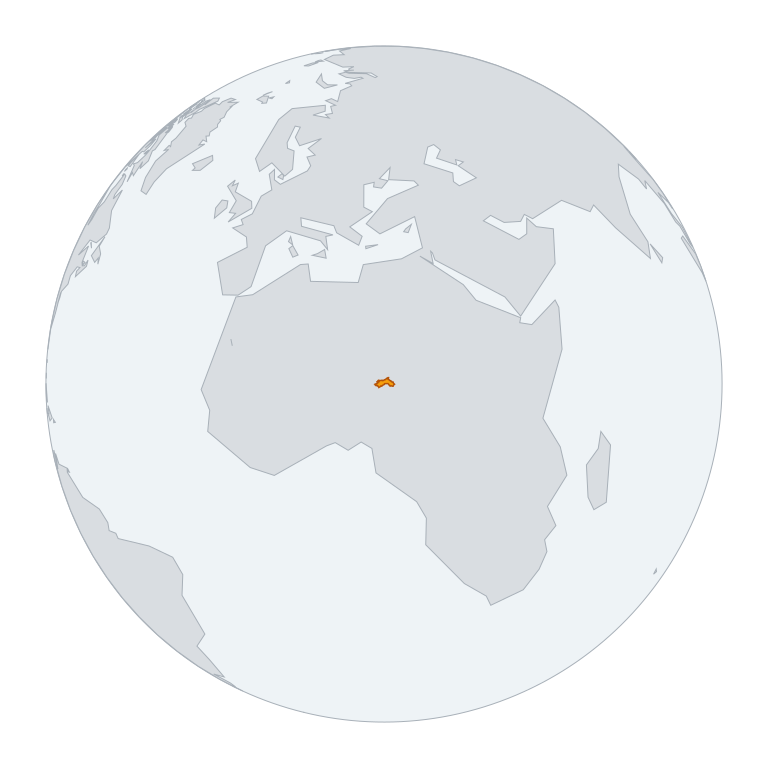 Hadjer-Lamis on an orthographic globe, rotated 337°
{"feature_id": "TCD-1464", "entity_name": "Hadjer-Lamis", "entity_type": "Prefecture", "adm_level": 1, "iso_a3": "TCD", "parent_name": "Chad", "parent_adm1": "", "projection": "orthographic", "projection_center": [15.964, 12.449], "detail": "fine", "context": "on_globe", "style": "filled", "palette": "amber", "viewbox_px": 768, "rotation_deg": 337, "n_neighbors": 0, "source": "natural_earth", "source_scale": "10m", "svg_char_len": 10380}
<svg xmlns="http://www.w3.org/2000/svg" viewBox="0 0 768 768"><g transform="rotate(337 384 384)"><circle cx="384" cy="384" r="338" fill="#eef3f6" stroke="#a8b0b8"/><path d="M281.8,61.9L282.2,61.8L269.9,66.1L270.9,66.2L263.1,69.0L270.7,66.8L277.6,64.3L283.3,62.7L284.5,62.9L274.8,66.1L272.7,66.6L270.5,67.7L265.1,69.4L268.5,68.7L256.6,73.3L270.1,69.2L262.0,73.3L253.6,76.4L252.4,75.4L229.8,83.4L220.9,88.1L209.6,94.6L192.9,107.2L184.0,113.4L173.4,122.1L179.2,118.5L189.6,110.5L197.8,107.0L209.5,98.8L214.6,96.6L227.4,89.4L227.7,91.6L221.0,98.0L210.3,104.4L207.1,107.8L219.0,103.2L201.0,117.9L192.1,133.2L187.2,137.5L174.3,141.6L169.7,136.6L153.1,145.9L166.0,141.5L153.5,154.1L152.4,157.3L154.4,158.1L160.0,154.3L156.1,159.4L141.9,164.6L145.1,160.0L149.6,158.0L147.4,156.3L137.7,161.7L132.1,168.6L123.3,172.7L119.2,178.0L115.0,182.5L122.2,173.4L109.2,190.4L98.0,204.0L88.1,220.8L101.3,198.8L116.2,177.9L132.6,158.2L150.5,139.8L169.7,122.7L190.1,107.2L211.7,93.3L234.2,81.1L257.7,70.6L281.8,61.9ZM51.0,326.8L52.4,319.5L54.3,315.8L50.6,334.9L54.5,319.6L53.5,330.8L59.4,337.7L58.0,341.5L62.4,370.7L73.1,387.9L75.6,403.7L73.7,411.6L78.8,416.6L78.9,422.4L104.4,441.3L121.8,460.9L124.3,480.8L115.5,499.6L121.4,544.2L109.4,552.2L115.6,569.5L122.4,591.2L113.9,584.4L125.9,599.4L129.1,604.9L126.2,602.4L134.0,611.4L133.8,611.2L117.4,591.6L102.5,570.9L89.2,549.1L77.5,526.4L67.7,502.8L59.6,478.6L53.4,453.8L49.0,428.6L46.6,403.2L46.1,377.7L47.6,352.2L51.0,326.8ZM73.2,251.3L67.0,269.4L66.8,267.5L67.7,265.3L70.9,257.0L71.3,255.9L73.2,251.3ZM82.5,232.1L83.5,229.7L83.2,230.7L82.5,232.1ZM226.4,88.8L226.8,89.1L224.2,90.3L226.4,88.8ZM231.5,85.7L228.1,86.9L230.1,85.6L232.1,84.9L231.5,85.7ZM235.3,84.7L233.9,83.3L237.4,81.2L248.1,77.0L235.3,84.7ZM279.3,63.5L272.0,66.2L276.9,64.0L279.3,63.5ZM309.7,54.3L310.9,54.2L303.8,56.0L296.0,57.9L302.7,56.5L281.1,62.6L285.8,60.7L309.7,54.3ZM285.9,61.9L286.3,61.4L296.3,58.5L297.2,59.1L293.7,59.8L285.9,61.9ZM324.7,51.3L326.3,51.0L312.0,53.9L311.8,53.9L324.7,51.3ZM292.1,60.5L297.5,59.6L293.9,61.3L286.2,62.4L292.1,60.5ZM298.5,57.6L303.2,56.4L300.9,57.2L298.5,57.6ZM284.3,67.9L284.6,66.6L289.8,64.9L284.3,67.9ZM299.7,59.2L300.9,58.7L303.0,58.0L305.7,57.9L299.7,59.2ZM315.6,53.4L315.6,53.6L321.7,52.1L324.7,51.9L314.6,54.1L320.2,53.1L321.2,53.1L311.9,55.0L315.6,53.4ZM314.7,56.0L302.9,59.6L301.3,62.0L296.6,63.5L300.1,59.5L314.7,56.0ZM313.9,55.1L313.3,55.9L307.8,57.0L304.7,57.2L313.9,55.1ZM330.4,51.2L328.3,50.9L330.6,50.5L330.4,51.2ZM315.3,56.4L318.2,55.6L315.9,56.4L315.3,56.4ZM327.0,52.4L326.0,52.2L328.6,51.7L327.0,52.4ZM324.7,54.4L320.9,55.4L318.7,55.4L324.7,54.4ZM326.6,53.3L330.5,52.7L320.2,54.7L325.7,53.2L326.6,53.3ZM329.7,52.0L330.9,51.6L329.7,52.1L329.7,52.0ZM335.3,54.4L322.8,57.0L317.9,56.7L330.7,54.1L335.3,54.4ZM181.6,654.6L182.3,655.1L181.6,654.6ZM697.3,257.5L697.5,257.9L699.9,264.0L697.6,258.9L702.0,272.6L711.6,301.0L715.3,317.4L718.1,335.7L716.8,328.3L711.0,314.7L715.2,339.5L719.9,356.0L721.7,378.8L720.5,373.9L718.0,354.3L715.8,348.8L712.6,327.5L703.5,298.6L701.9,307.1L698.4,294.8L685.6,273.2L681.3,285.1L677.0,323.9L682.5,356.2L678.3,372.6L658.2,330.7L646.9,301.1L641.1,305.9L619.2,284.3L585.4,289.9L579.4,282.7L573.3,287.7L557.7,282.2L548.0,270.4L539.2,272.6L564.7,303.6L574.1,301.5L580.2,287.0L585.7,298.7L600.5,307.3L588.5,340.1L536.3,374.9L529.3,351.1L479.4,289.7L479.8,282.3L479.5,281.5L478.8,280.0L476.3,292.3L467.0,280.3L495.8,323.5L501.5,342.9L535.7,376.4L532.9,380.6L543.3,387.1L574.3,373.5L574.9,381.7L561.5,421.5L516.9,477.6L521.7,510.7L516.7,539.4L486.6,560.6L486.9,581.5L471.0,590.1L468.5,601.9L454.4,615.1L431.8,627.8L395.8,629.4L395.3,619.2L380.0,599.1L359.6,548.3L370.6,524.0L368.1,505.1L341.9,462.7L347.7,438.6L340.3,428.5L325.1,431.0L316.2,418.9L306.9,418.5L247.3,425.3L228.2,408.6L203.2,358.8L213.3,340.1L213.5,317.7L281.7,246.0L298.0,250.5L353.8,241.4L361.1,243.9L356.5,260.8L399.9,280.5L411.6,266.0L449.0,275.6L472.6,273.7L477.6,241.9L438.9,244.2L430.2,229.6L459.7,214.7L493.3,214.4L491.0,208.8L468.1,197.7L474.2,187.1L460.0,193.2L467.0,198.4L458.3,202.8L451.4,198.5L453.8,194.5L443.3,192.7L434.5,213.3L440.6,220.8L413.9,226.0L421.6,239.5L414.9,246.4L399.5,226.3L399.7,218.7L372.4,198.5L369.7,206.6L395.3,226.8L388.1,225.4L384.6,238.3L381.5,227.4L354.2,204.9L329.0,210.5L299.7,242.4L284.4,245.2L270.3,238.9L278.2,207.0L311.5,204.7L314.8,194.9L305.7,181.2L316.6,182.2L316.9,176.8L329.3,175.9L344.4,163.1L356.6,161.5L360.3,146.1L367.1,143.7L362.9,153.2L366.6,159.7L396.7,157.9L401.8,154.5L401.8,145.0L410.1,146.4L406.2,137.6L422.4,133.6L399.4,131.7L398.8,122.2L407.3,114.9L403.0,111.9L389.1,124.0L387.3,129.4L392.3,134.3L383.7,150.7L373.9,153.9L367.2,136.6L352.5,139.7L353.8,126.3L390.5,99.4L407.0,94.6L438.9,104.5L436.4,109.9L423.7,108.7L437.5,117.8L435.4,113.1L442.3,114.8L443.4,107.6L448.3,108.5L441.0,100.4L447.1,100.8L451.7,105.9L458.6,97.0L470.8,96.9L470.0,94.5L465.7,92.1L484.1,94.4L482.7,92.6L476.1,91.1L469.0,86.9L463.7,80.9L470.4,82.0L473.2,84.3L489.1,91.5L495.6,98.5L497.8,98.4L493.7,92.7L474.3,83.8L469.2,79.9L478.9,83.3L475.0,81.8L474.5,80.3L480.3,80.1L469.9,76.2L456.0,62.0L465.8,61.5L476.0,65.3L473.2,60.1L484.5,62.2L478.4,60.4L473.0,58.2L469.4,57.4L466.1,56.5L459.2,54.6L483.4,61.0L507.0,69.3L530.0,79.2L552.1,90.9L573.3,104.1L593.5,118.9L612.6,135.1L630.3,152.7L646.8,171.5L661.8,191.6L675.3,212.6L687.1,234.7L697.3,257.5ZM260.6,282.8L259.3,289.4L259.3,289.5L260.6,282.8ZM530.8,231.0L549.6,230.3L537.6,212.1L543.8,210.6L537.5,205.4L536.6,210.8L520.6,196.6L527.4,190.5L523.3,183.0L516.8,183.0L506.9,196.9L529.8,216.6L527.0,224.8L530.8,231.0ZM59.7,337.7L60.0,342.3L58.7,341.2L59.7,337.7ZM64.3,274.5L63.8,276.4L62.6,280.0L62.6,279.8L64.3,274.5ZM65.9,287.5L66.5,290.9L64.8,290.6L65.9,287.5ZM66.3,272.6L65.3,285.6L62.2,287.4L63.3,279.6L64.0,280.4L66.3,272.6ZM77.6,241.7L76.7,243.9L75.3,247.0L77.6,241.7ZM82.2,232.9L83.7,229.7L82.2,232.9ZM154.4,153.7L155.4,153.5L156.3,155.3L153.6,156.6L154.4,153.7ZM174.0,153.5L167.4,161.9L170.2,156.3L165.2,159.0L164.8,151.5L184.7,139.4L175.7,145.9L174.0,153.5ZM169.8,139.4L167.8,144.7L169.2,139.5L169.8,139.4ZM306.9,151.4L311.8,154.5L308.1,160.4L292.6,165.1L297.8,156.2L306.9,151.4ZM319.6,157.6L317.3,140.8L326.8,138.1L321.9,142.3L328.4,142.2L322.2,149.0L333.5,164.1L331.0,170.6L303.8,174.0L314.1,168.9L308.6,165.8L319.6,157.6ZM294.6,111.3L293.8,106.4L315.5,106.6L313.8,111.3L298.3,115.5L291.2,112.5L294.6,111.3ZM254.4,78.7L252.7,78.6L255.4,77.4L259.1,76.6L254.4,78.7ZM284.0,67.4L264.8,78.7L261.9,78.9L254.2,86.6L243.4,90.4L248.7,85.0L234.7,94.3L235.1,91.0L226.5,97.5L239.5,85.3L239.4,83.5L243.6,83.9L253.5,80.3L257.8,78.2L269.8,71.5L274.4,66.9L285.0,63.6L291.2,62.4L291.7,63.0L284.7,64.8L290.4,64.3L280.6,67.4L284.0,67.4ZM358.4,64.1L350.0,63.7L359.8,67.6L350.1,68.9L351.9,69.3L345.6,71.9L341.0,76.0L336.3,76.3L336.5,77.9L332.3,80.0L331.1,82.4L322.2,84.1L320.0,87.3L317.0,86.3L315.5,91.7L312.7,88.6L307.0,91.7L312.8,93.1L267.9,100.9L251.4,108.2L239.1,116.5L235.8,111.2L245.2,100.7L260.9,89.5L277.4,83.9L272.9,83.1L279.5,80.4L280.3,82.1L283.0,78.0L288.6,76.4L302.5,69.4L303.0,65.4L308.1,63.2L310.7,64.0L314.0,61.4L322.5,61.6L326.3,60.2L338.5,59.6L341.3,62.7L345.5,61.0L354.9,61.1L358.4,64.1ZM338.6,54.2L344.2,56.5L341.6,58.7L321.5,59.1L316.8,60.3L303.8,61.6L307.8,58.6L311.2,58.4L315.3,57.6L312.4,58.8L317.9,57.3L322.7,57.1L328.2,56.0L328.5,56.9L338.6,54.2ZM368.3,237.5L373.7,238.0L381.9,237.0L379.9,245.6L368.3,237.5ZM349.3,222.2L354.1,221.0L355.3,231.7L349.6,231.6L349.3,222.2ZM355.7,211.8L354.3,220.2L351.7,215.6L355.7,211.8ZM367.2,152.0L372.2,150.6L373.1,152.8L370.8,156.3L367.2,152.0ZM385.6,79.4L381.2,77.9L382.4,77.0L378.2,72.4L385.0,71.6L390.3,74.0L385.6,79.4ZM471.6,247.7L465.4,254.1L461.6,251.5L464.5,249.7L471.6,247.7ZM420.9,250.0L433.0,253.4L420.2,252.4L420.9,250.0ZM392.3,77.6L389.8,75.7L394.8,76.6L392.3,77.6ZM389.9,70.8L395.6,71.3L385.4,71.0L389.9,70.8ZM562.3,660.6L561.5,663.2L557.8,664.4L562.3,660.6ZM568.7,528.6L542.4,579.7L528.1,581.7L527.6,567.9L538.7,537.6L556.0,527.1L565.1,512.4L568.7,528.6ZM720.5,415.2L720.4,405.9L714.6,365.9L716.8,364.5L721.7,386.1L721.6,391.3L721.6,398.8L720.5,415.2ZM683.7,359.0L689.9,376.6L687.1,381.0L683.7,359.0ZM703.2,273.2L704.1,276.0L702.5,271.4L700.5,265.6L703.2,273.2ZM447.6,74.1L445.8,80.8L449.0,86.6L458.0,90.5L444.6,88.5L439.5,79.6L447.6,74.1ZM454.3,63.1L446.3,60.6L450.1,60.6L452.5,61.1L454.3,63.1ZM449.2,62.4L438.8,61.8L434.6,59.8L443.7,60.6L449.2,62.4ZM415.8,67.9L414.7,69.8L410.7,68.9L415.8,67.9ZM464.3,56.2L459.9,55.1L461.3,55.2L464.3,56.2ZM448.6,52.5L450.1,53.0L445.8,51.9L448.6,52.5ZM453.9,54.6L449.4,53.0L457.7,55.3L453.9,54.6Z" fill="#d9dde1" stroke="#a8b0b8" stroke-width="1"/><path d="M375.9,382.1L375.9,381.8L375.8,381.7L375.6,381.6L375.5,381.4L375.6,381.1L375.6,380.9L375.5,380.7L378.4,380.7L378.5,380.7L378.7,380.3L378.7,380.2L378.6,379.8L378.6,379.7L378.5,379.4L378.4,379.4L378.4,379.2L378.5,379.2L378.7,379.3L378.8,379.3L379.0,379.4L379.2,379.5L379.4,379.5L379.5,379.5L379.7,379.8L379.8,379.9L379.9,380.1L380.0,380.1L380.1,379.9L380.3,379.9L380.6,379.7L380.6,379.4L380.3,379.4L380.2,379.3L379.7,378.6L379.8,378.5L380.5,378.4L380.8,378.6L380.9,378.8L381.0,378.9L381.7,379.2L382.7,379.7L382.9,379.7L383.3,379.8L383.5,379.7L384.0,380.0L384.1,380.4L384.2,380.5L385.6,380.4L385.8,380.4L386.0,380.3L386.3,380.3L386.5,380.4L386.7,380.5L386.8,380.4L387.0,380.3L388.3,380.1L388.5,380.0L388.6,379.9L388.8,379.8L389.0,379.9L389.3,379.9L389.8,379.8L389.9,379.7L390.0,379.7L390.3,379.7L390.7,379.9L390.5,380.3L390.4,380.4L389.8,380.9L389.6,381.1L389.6,381.3L389.8,381.5L390.0,381.6L390.4,382.2L390.5,382.3L390.5,382.7L390.6,382.9L390.7,383.0L390.8,383.0L391.0,383.3L391.1,383.5L391.3,383.5L391.5,383.6L391.6,384.5L391.8,384.7L391.9,384.8L392.0,384.8L392.0,385.0L392.2,385.3L392.3,385.5L392.5,385.5L392.8,385.6L393.0,385.6L393.2,385.9L393.0,386.8L393.0,387.0L393.6,388.3L392.6,388.6L391.5,389.6L390.7,389.2L390.3,388.8L389.9,388.5L389.5,388.4L389.0,388.4L388.7,388.2L388.7,387.3L388.4,387.0L388.1,386.6L388.1,386.0L387.9,385.3L387.2,384.9L384.6,383.9L384.1,384.5L383.5,384.6L382.6,384.6L381.6,384.8L381.3,385.1L380.8,385.0L380.6,384.7L380.2,384.6L380.0,384.9L379.4,385.0L378.8,385.1L378.4,385.1L377.9,385.2L377.9,384.8L377.9,384.7L377.8,384.3L377.7,384.1L377.6,383.9L377.6,383.7L377.5,383.0L377.4,382.9L377.2,382.9L377.1,382.7L376.9,382.6L376.8,382.8L376.7,382.7L376.8,382.5L376.8,382.4L376.7,382.4L376.4,382.4L376.3,382.2L376.2,382.1L375.9,382.1Z" fill="#f59e0b" stroke="#b45309" stroke-width="1.5"/></g></svg>